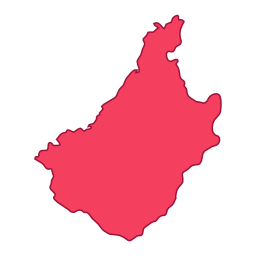 SVG path tracing the border of Chagang-do
{"feature_id": "PRK-3310", "entity_name": "Chagang-do", "entity_type": "Province", "adm_level": 1, "iso_a3": "PRK", "parent_name": "North Korea", "parent_adm1": "", "projection": "mercator", "projection_center": [126.424, 40.896], "detail": "fine", "context": "isolated", "style": "filled", "palette": "rose", "viewbox_px": 256, "rotation_deg": 0, "n_neighbors": 0, "source": "natural_earth", "source_scale": "10m", "svg_char_len": 3992}
<svg xmlns="http://www.w3.org/2000/svg" viewBox="0 0 256 256"><path d="M177.5,15.4L178.4,16.3L178.5,19.1L179.0,19.8L180.2,19.7L182.3,20.1L184.0,21.5L183.7,22.3L182.0,25.5L180.6,28.9L179.9,32.7L180.0,35.7L180.4,38.5L181.0,40.3L181.1,41.2L181.1,42.3L180.3,44.2L178.8,45.2L177.2,46.0L175.7,47.2L174.8,48.9L174.1,50.4L173.3,51.4L171.6,51.8L168.9,51.4L167.7,51.7L166.6,53.0L166.4,54.6L166.6,56.6L167.2,58.5L167.9,59.9L169.6,61.3L171.2,61.3L174.7,59.7L175.5,59.5L176.5,59.5L177.4,59.8L177.9,60.8L177.7,61.8L176.4,63.2L176.1,64.0L176.4,64.9L178.1,67.7L178.8,69.7L179.3,71.9L179.9,76.2L180.9,78.7L184.1,81.3L184.7,83.2L184.5,84.4L184.1,85.2L184.2,86.0L185.3,87.4L186.3,88.7L186.7,90.3L187.2,93.7L188.4,96.1L190.1,97.7L195.6,101.3L196.8,101.8L199.7,102.1L203.3,103.1L204.6,102.9L206.5,101.7L207.7,100.1L208.6,98.2L210.0,96.4L212.1,94.9L214.8,93.9L217.5,93.9L219.6,95.4L220.4,97.7L220.9,100.9L221.0,104.3L220.9,106.9L220.5,111.6L219.1,114.6L214.5,119.8L212.9,123.1L212.2,127.6L212.7,131.9L214.7,134.7L218.3,136.4L219.4,137.9L219.6,140.4L219.1,142.1L218.4,143.4L217.4,144.5L216.2,145.2L212.1,146.5L204.8,150.9L202.8,153.7L201.4,161.0L199.7,163.8L198.5,164.4L194.3,165.0L192.6,165.5L191.2,166.2L189.9,167.3L188.5,168.7L185.7,170.7L183.3,172.0L182.2,174.1L182.8,178.6L182.7,182.1L180.9,184.7L178.7,187.2L176.9,190.1L176.4,192.2L175.9,194.4L175.7,196.6L175.8,198.3L175.7,198.3L173.5,203.3L172.1,205.1L168.5,208.0L167.8,209.0L167.3,209.6L166.6,212.4L166.0,214.1L165.3,214.9L164.6,215.3L163.0,215.4L161.7,215.7L160.9,216.0L160.1,216.5L158.8,217.4L157.9,218.5L156.8,220.0L156.0,220.8L155.3,221.3L153.2,221.7L152.3,222.0L151.5,222.5L145.5,226.8L144.4,227.7L143.7,228.6L143.4,229.3L143.2,230.0L142.8,232.3L142.6,233.3L142.1,234.5L141.4,235.2L140.7,235.5L137.9,235.7L136.8,236.2L131.2,240.1L130.1,240.6L129.3,240.6L128.6,240.5L128.0,240.2L123.9,237.4L120.3,235.7L118.4,235.1L109.7,234.1L107.7,233.2L103.6,230.5L102.2,229.2L98.2,224.0L92.0,218.2L89.5,214.7L87.8,213.0L87.1,212.5L86.4,212.4L85.2,212.5L83.9,212.2L83.0,211.6L81.9,210.7L81.0,210.3L80.2,210.2L78.9,210.2L77.5,210.5L76.2,211.1L74.9,211.9L74.1,212.2L73.2,212.3L71.8,212.0L70.9,211.6L70.2,211.2L68.7,209.7L57.7,202.4L54.7,199.6L54.0,198.7L53.7,197.9L53.8,197.2L54.2,196.6L54.7,196.0L55.1,195.4L55.2,194.7L55.1,194.0L54.6,193.4L50.7,189.2L50.4,188.6L50.2,188.0L50.1,187.3L50.1,186.6L50.3,186.0L51.0,184.6L51.2,183.9L51.6,180.4L51.7,180.2L51.8,179.9L52.9,178.2L53.1,177.5L53.4,176.8L53.5,176.2L53.5,175.5L53.3,174.9L52.6,173.3L52.5,172.8L51.9,170.0L51.5,169.2L50.9,168.7L50.2,168.7L48.7,169.2L47.9,169.1L46.9,168.7L46.2,168.2L43.3,164.4L42.4,163.5L41.6,162.9L35.0,159.0L35.3,157.3L36.0,156.7L37.7,157.0L38.5,156.4L38.8,155.7L38.9,153.9L39.2,153.0L40.0,151.5L41.0,150.8L42.2,150.5L46.1,150.4L47.3,149.9L48.0,148.5L48.2,145.8L48.6,143.4L49.7,142.6L51.1,143.0L52.4,144.1L53.1,145.2L53.3,145.5L58.8,145.4L60.1,144.6L59.3,142.7L56.6,139.4L60.2,134.8L62.2,133.4L62.4,133.2L65.2,132.6L66.1,132.2L66.5,131.4L66.9,130.6L67.5,130.1L68.4,130.0L69.2,130.2L73.2,132.0L74.2,131.9L78.0,129.2L79.2,128.6L80.7,128.4L81.7,129.0L82.8,130.3L84.0,131.1L85.3,130.5L86.6,129.4L89.5,129.0L90.7,128.4L91.4,127.1L90.9,126.6L89.7,126.4L88.2,126.6L89.2,124.8L90.9,124.2L92.7,123.9L94.3,122.7L96.2,119.7L96.8,118.2L96.5,117.2L97.1,116.2L97.9,115.5L98.8,115.1L99.8,114.7L99.5,113.1L100.5,111.8L101.9,110.4L103.0,108.7L101.6,106.4L103.9,104.3L114.5,98.0L115.8,96.8L116.7,95.3L119.1,89.9L120.2,88.5L122.6,86.1L123.6,84.7L125.8,79.5L126.8,77.9L131.5,72.3L134.4,70.0L137.2,70.1L136.9,70.6L136.7,71.1L136.4,71.5L135.9,71.9L135.9,72.8L139.1,71.8L139.1,68.6L137.8,64.7L137.2,61.5L137.7,59.9L141.0,54.6L142.6,49.0L144.3,45.5L144.6,43.8L144.3,42.2L143.3,40.4L143.3,38.9L146.6,35.4L148.1,32.4L149.6,32.1L153.0,32.2L154.0,31.6L157.0,28.8L158.5,27.9L157.2,26.9L155.8,26.0L154.6,25.1L153.9,23.6L155.5,22.9L157.0,22.9L158.4,23.4L159.8,24.4L162.6,27.5L164.2,28.6L164.9,27.5L166.1,24.3L171.3,22.1L172.5,18.8L173.4,17.4L175.5,16.0L177.5,15.4Z" fill="#f43f5e" stroke="#9f1239" stroke-width="1.5"/></svg>